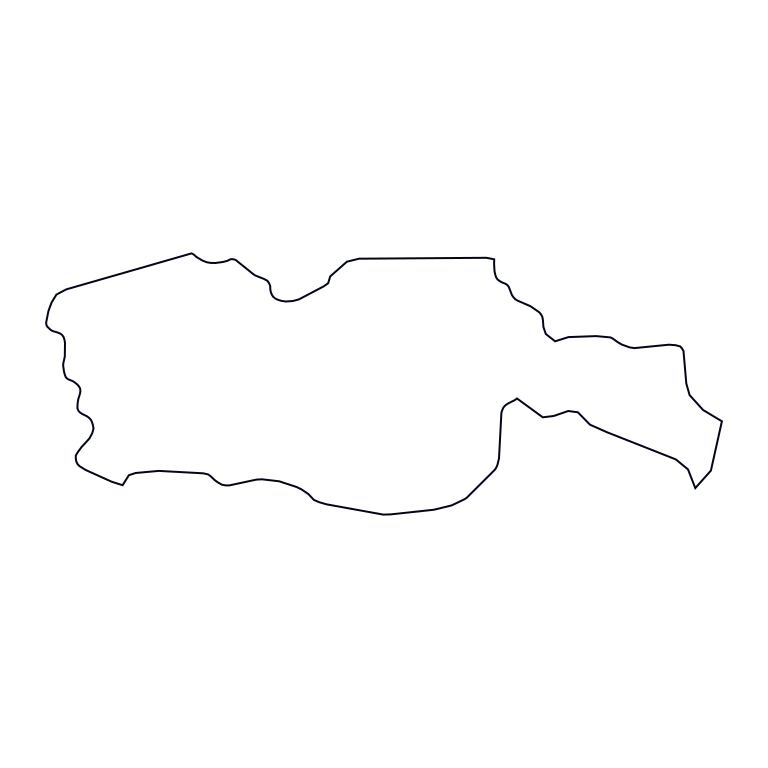 SVG path tracing the border of Diourbel
{"feature_id": "SEN-763", "entity_name": "Diourbel", "entity_type": "Region", "adm_level": 1, "iso_a3": "SEN", "parent_name": "Senegal", "parent_adm1": "", "projection": "albers", "projection_center": [-16.16, 14.769], "detail": "fine", "context": "isolated", "style": "outline", "palette": "ink", "viewbox_px": 768, "rotation_deg": 0, "n_neighbors": 0, "source": "natural_earth", "source_scale": "10m", "svg_char_len": 2236}
<svg xmlns="http://www.w3.org/2000/svg" viewBox="0 0 768 768"><path d="M596.0,336.1L610.4,337.4L612.8,338.6L617.8,342.2L621.9,344.6L629.7,347.4L634.5,348.1L668.9,344.7L675.6,345.2L680.2,346.4L682.0,348.4L683.5,351.1L686.3,383.5L689.6,395.1L703.1,410.0L721.9,421.3L710.9,470.6L695.3,488.1L688.0,469.4L675.8,459.4L606.9,432.2L590.0,424.7L577.9,412.3L568.2,411.0L553.7,416.0L542.8,417.3L517.0,398.5L514.8,400.1L508.2,403.4L505.5,405.2L503.5,407.4L502.3,410.0L501.4,412.8L499.0,458.4L497.5,464.7L496.4,467.3L495.0,469.6L466.8,497.7L464.6,499.2L451.7,505.4L434.1,509.7L390.5,514.4L383.2,514.6L326.4,504.3L318.9,502.1L313.9,499.9L308.3,494.0L301.5,489.4L296.6,487.0L279.2,481.3L262.0,479.3L256.4,479.6L229.3,485.4L225.6,485.4L221.9,484.7L217.4,482.1L214.6,480.0L210.5,476.1L208.1,474.4L203.1,473.3L158.7,470.9L135.6,473.0L128.9,475.2L122.6,485.2L111.6,481.7L85.5,469.9L79.3,466.0L77.5,464.0L76.3,461.5L75.8,458.6L75.8,455.5L78.1,451.7L81.7,446.9L89.4,438.5L92.2,433.3L93.5,428.7L93.0,425.4L92.1,422.4L90.9,419.8L89.1,417.9L87.0,416.3L82.1,413.9L79.9,412.4L78.3,410.6L77.4,408.1L77.6,403.5L78.3,399.1L80.1,393.3L80.4,391.0L80.1,388.5L78.9,386.3L77.2,384.4L75.1,382.7L72.9,381.2L67.8,379.1L65.9,377.4L64.8,374.7L64.0,371.6L63.1,365.3L63.5,362.3L64.8,356.7L65.0,343.1L64.5,339.9L63.6,337.1L62.1,334.9L59.9,333.4L57.3,332.4L52.5,331.0L50.5,329.7L47.5,326.9L46.5,325.3L46.1,322.8L48.5,310.8L51.6,302.5L56.4,294.6L66.2,289.4L191.5,253.4L193.5,254.4L195.0,255.6L196.2,256.8L202.3,260.5L206.9,262.3L210.7,262.9L215.3,263.0L222.8,262.0L226.8,261.0L229.1,260.0L229.6,259.7L229.8,259.6L230.1,259.4L231.0,259.2L233.0,259.2L235.6,259.9L253.1,274.0L255.3,275.5L263.9,278.9L267.3,280.7L269.1,283.2L270.2,286.1L270.3,289.2L270.8,292.1L271.9,294.8L273.3,296.9L275.4,298.6L278.2,299.9L281.5,300.9L285.9,301.5L292.9,301.0L298.9,299.4L323.8,286.3L328.2,283.2L330.2,276.4L346.9,261.7L359.0,258.7L486.4,257.8L494.2,259.3L494.1,264.1L494.5,271.1L495.2,274.4L496.1,277.3L497.6,279.5L499.7,281.1L501.8,282.3L505.5,283.8L507.3,285.0L508.8,286.9L511.9,295.0L513.4,297.2L515.2,299.1L517.5,300.6L530.6,306.3L539.4,312.4L541.0,314.4L542.3,316.8L542.9,319.8L543.4,326.9L545.8,334.0L555.1,341.3L568.5,337.1L596.0,336.1Z" fill="none" stroke="#020617" stroke-width="2"/></svg>